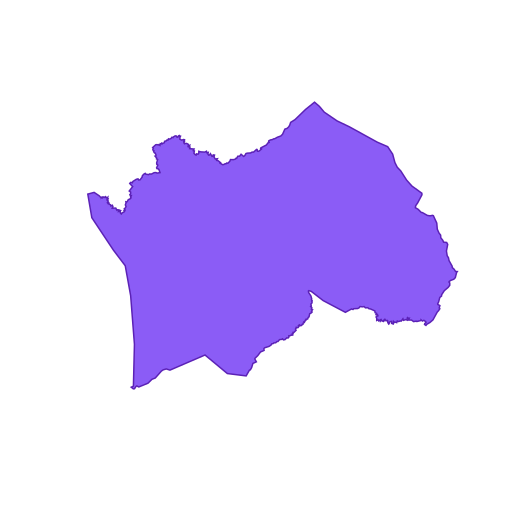 the district of Cahora Bassa, Tete, Mozambique, rotated 59°
{"feature_id": "85939544B63348478902842", "entity_name": "Cahora Bassa", "entity_type": "district", "adm_level": 2, "iso_a3": "MOZ", "parent_name": "Mozambique", "parent_adm1": "Tete", "projection": "equal_earth", "projection_center": [32.439, -16.08], "detail": "fine", "context": "isolated", "style": "filled", "palette": "violet", "viewbox_px": 512, "rotation_deg": 59, "n_neighbors": 0, "source": "geoboundaries", "source_scale": "gbopen_adm2", "svg_char_len": 6128}
<svg xmlns="http://www.w3.org/2000/svg" viewBox="0 0 512 512"><g transform="rotate(59 256 256)"><path d="M373.0,91.5L372.0,92.9L369.3,93.0L367.0,93.7L365.7,93.1L359.4,92.9L356.5,91.9L354.3,92.0L349.8,90.2L344.8,85.7L342.6,85.6L340.7,88.1L338.9,87.8L335.5,88.2L333.2,87.0L330.5,87.3L326.4,86.8L320.9,84.1L312.8,83.2L312.1,83.7L311.2,86.1L309.5,88.2L304.5,91.0L303.8,91.9L299.4,93.0L296.7,94.5L295.2,93.3L293.7,90.0L289.0,82.2L287.6,81.5L276.4,86.3L268.5,87.8L257.6,88.1L252.6,89.2L247.4,88.8L239.1,86.4L230.1,86.8L220.9,93.4L193.2,109.5L182.0,116.9L167.9,123.4L160.4,124.6L154.3,126.6L155.9,138.1L159.2,152.4L159.3,157.5L161.2,159.7L162.2,161.6L162.6,163.7L162.1,165.9L165.3,170.5L165.9,172.9L165.2,176.5L165.1,179.7L164.7,180.4L164.6,182.1L164.0,183.7L163.8,185.5L164.1,186.1L165.4,186.3L165.2,187.7L166.2,189.8L165.8,196.1L166.3,196.7L167.1,196.2L167.6,198.6L167.5,200.0L166.9,200.8L165.3,200.2L164.9,200.6L165.7,204.6L164.9,205.9L164.9,207.5L163.3,210.6L163.0,211.9L164.2,214.0L164.3,215.3L161.1,216.4L162.0,218.6L161.1,220.2L162.3,222.3L161.9,222.7L162.3,223.8L161.8,225.7L160.2,228.2L161.3,229.6L162.0,232.4L161.2,233.2L161.5,234.3L161.0,235.0L161.0,236.5L160.5,237.6L158.6,238.6L157.9,238.3L157.6,239.0L156.9,238.6L154.6,239.5L153.8,240.5L153.3,240.4L152.7,239.1L152.0,240.7L151.5,241.0L149.6,241.0L148.1,239.6L147.3,240.6L148.2,241.5L148.0,242.4L144.8,242.4L145.5,243.8L145.1,244.7L143.8,244.7L142.6,243.6L142.2,244.9L140.7,244.5L140.6,246.3L138.3,249.7L136.8,251.1L138.3,252.0L138.9,253.3L137.8,254.4L138.6,255.4L137.7,256.0L136.0,256.3L134.2,254.7L133.4,255.5L132.4,254.0L129.8,257.6L128.7,256.5L128.0,257.3L127.1,256.0L126.9,257.6L125.6,256.4L123.8,257.4L123.0,258.9L122.9,260.1L122.6,259.4L121.6,259.4L121.2,258.6L120.6,258.8L120.5,258.0L119.7,258.2L119.4,257.5L118.9,258.0L118.4,260.0L116.7,261.1L115.3,260.3L114.4,259.0L114.1,259.3L114.3,260.4L113.7,259.5L113.2,259.6L113.1,260.2L113.9,261.9L113.2,262.6L112.3,262.3L111.4,263.4L111.4,265.5L111.8,266.2L110.9,266.9L111.5,268.4L111.1,270.3L110.5,270.7L111.3,271.8L110.7,272.5L111.1,273.5L110.6,275.3L111.6,276.1L111.7,277.0L111.3,277.7L111.5,278.6L110.7,278.8L111.1,279.5L110.4,280.2L111.7,281.4L110.5,281.9L110.6,282.4L109.5,283.5L109.0,284.7L109.8,288.7L110.7,288.5L111.4,289.5L112.7,289.8L113.2,289.3L114.0,290.0L115.4,289.9L115.8,289.4L117.6,289.6L118.6,290.2L118.4,291.1L120.8,290.7L121.5,291.3L122.6,290.6L125.1,293.3L126.4,293.8L126.8,293.3L127.6,293.4L129.2,295.8L130.1,295.9L130.7,295.1L132.0,294.7L135.1,295.3L134.0,298.1L132.9,298.8L132.1,300.4L131.9,303.6L130.9,304.8L130.9,306.2L129.1,308.3L128.1,308.4L128.1,310.4L128.9,312.4L129.7,312.9L131.0,316.2L130.4,317.4L129.1,317.4L128.6,319.1L128.7,323.1L129.5,324.3L128.4,325.3L128.6,326.5L128.8,326.9L133.0,326.0L135.0,331.2L136.6,330.5L138.3,331.6L138.4,332.5L139.8,332.7L140.1,331.9L141.0,333.1L141.8,333.2L142.2,335.0L141.9,336.4L143.0,338.3L143.1,339.0L142.5,339.6L143.6,340.1L144.9,341.7L146.6,341.9L147.4,343.0L147.7,344.6L148.4,344.5L148.9,345.4L149.2,344.7L149.6,344.9L150.3,346.5L150.1,348.6L150.6,349.8L149.5,350.1L147.9,349.4L147.1,350.9L146.7,350.0L146.9,349.0L146.0,349.7L146.1,351.0L145.6,350.2L145.1,350.7L145.1,351.7L142.7,351.5L141.0,354.6L140.0,353.2L138.5,353.0L138.4,354.6L137.1,354.3L135.9,355.3L135.1,354.8L134.7,355.7L134.1,355.0L133.6,355.7L132.7,354.3L131.4,354.8L130.9,353.2L130.5,353.2L130.2,354.0L129.3,353.0L129.4,353.9L128.6,354.0L128.3,354.8L127.6,354.6L127.6,356.0L126.9,356.2L126.7,356.9L127.0,357.4L126.4,357.4L126.5,358.3L126.1,357.9L125.8,358.9L123.6,359.4L118.1,362.0L116.3,368.3L138.6,377.0L177.6,375.2L197.0,373.1L225.5,383.9L269.1,405.7L304.4,428.1L304.2,430.5L306.7,429.6L307.2,428.5L306.0,426.1L306.0,425.1L307.9,423.9L309.4,414.0L308.1,408.7L308.7,405.2L305.9,396.3L305.8,394.1L306.6,391.1L309.5,388.5L314.6,350.7L342.0,341.1L353.7,326.2L350.4,320.3L350.7,319.5L349.4,317.2L346.5,314.0L346.9,310.2L343.9,310.1L343.2,309.7L342.3,305.8L340.6,301.6L341.1,297.7L339.5,297.0L339.1,296.0L340.2,291.4L340.1,289.0L339.4,287.8L339.9,286.4L339.7,285.4L340.5,283.8L340.1,282.2L340.6,281.2L339.8,278.9L340.7,276.9L340.7,275.9L342.0,275.7L342.6,274.3L342.0,271.8L342.8,270.8L342.5,269.7L341.3,268.9L341.9,268.1L341.8,267.2L342.6,265.4L342.0,265.3L342.2,264.9L341.9,264.6L341.4,264.8L341.3,263.8L340.6,263.6L341.0,262.7L340.3,259.9L339.2,259.9L338.4,259.2L338.6,258.3L338.0,258.1L339.0,256.8L338.4,255.3L337.6,255.5L337.3,254.3L338.9,253.5L338.9,252.3L338.4,251.6L338.7,250.9L337.8,250.0L337.9,248.9L337.1,248.8L337.3,247.8L336.5,246.9L336.7,246.2L336.0,245.8L336.6,244.2L335.5,242.8L335.5,241.9L333.1,239.7L333.3,238.5L333.0,237.0L332.3,237.1L332.0,236.3L331.2,236.0L331.1,235.3L330.1,235.9L329.3,234.8L327.4,235.1L327.4,234.4L325.5,233.7L325.1,232.3L324.2,231.5L323.4,231.5L323.2,230.9L322.1,231.0L321.4,230.3L318.5,229.5L314.5,229.7L313.0,229.1L312.9,228.5L314.7,226.9L328.8,221.4L350.3,208.4L350.6,201.4L351.8,200.4L351.5,199.4L353.4,195.9L353.5,194.2L352.9,192.9L354.5,190.8L355.0,189.4L356.8,188.9L357.9,186.8L359.3,186.4L360.4,185.1L364.3,182.4L365.9,183.1L367.3,182.2L368.0,183.3L368.9,182.1L369.7,182.1L370.2,182.5L369.8,183.3L370.1,184.5L371.6,184.6L373.4,185.7L373.6,184.2L374.9,184.2L374.7,182.5L375.8,182.9L375.2,181.5L376.3,181.6L377.8,180.4L377.6,179.8L377.0,180.3L376.6,178.1L378.6,177.9L378.7,176.8L379.2,176.5L381.0,177.3L382.7,177.3L382.6,176.7L381.6,176.2L381.4,174.7L381.9,173.4L383.6,174.5L384.3,173.4L385.5,173.7L383.2,171.9L384.2,171.8L384.1,171.0L385.6,169.7L384.5,168.4L385.6,167.6L386.0,165.8L386.6,165.0L385.5,162.4L387.1,162.7L387.7,160.3L388.8,159.5L387.9,158.9L387.9,158.0L387.0,158.2L386.8,157.8L388.1,157.3L388.3,156.7L389.5,158.2L391.0,155.7L393.4,154.7L394.4,152.2L395.0,151.9L396.3,147.7L395.8,147.4L397.5,146.8L397.6,145.2L399.9,144.3L400.5,144.5L400.8,146.1L401.5,146.8L403.0,146.1L402.5,144.7L402.6,141.3L401.9,137.2L397.4,129.5L396.9,127.7L395.9,125.6L394.9,125.7L393.2,123.9L391.2,125.1L390.5,124.8L389.5,123.2L386.2,119.8L385.9,117.6L384.8,116.8L382.7,112.4L381.9,107.5L380.9,105.0L378.9,103.8L377.7,104.0L377.4,103.6L377.2,101.8L377.8,98.4L377.2,96.3L373.5,92.6L373.0,91.5Z" fill="#8b5cf6" stroke="#5b21b6" stroke-width="1.5"/></g></svg>